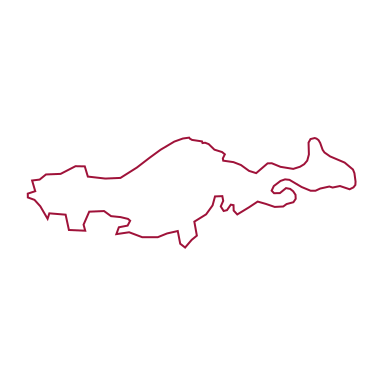 the district of Yangikurgan, Namangan, Uzbekistan, rotated 83°
{"feature_id": "79887680B90500403808249", "entity_name": "Yangikurgan", "entity_type": "district", "adm_level": 2, "iso_a3": "UZB", "parent_name": "Uzbekistan", "parent_adm1": "Namangan", "projection": "equal_earth", "projection_center": [71.694, 41.294], "detail": "fine", "context": "isolated", "style": "outline", "palette": "rose", "viewbox_px": 384, "rotation_deg": 83, "n_neighbors": 0, "source": "geoboundaries", "source_scale": "gbopen_adm2", "svg_char_len": 1604}
<svg xmlns="http://www.w3.org/2000/svg" viewBox="0 0 384 384"><g transform="rotate(83 192 192)"><path d="M187.7,344.3L201.0,338.6L195.8,336.2L199.1,320.2L214.7,318.8L217.4,302.7L211.2,303.6L199.0,296.4L200.2,281.6L206.1,275.3L208.2,266.0L210.9,258.8L213.0,256.9L217.5,260.0L218.1,268.9L224.6,272.2L224.3,259.3L230.8,246.9L232.7,231.5L230.1,221.8L229.0,210.9L241.9,210.0L246.3,205.6L239.5,198.2L235.9,192.5L221.7,193.3L215.9,180.7L207.8,173.2L199.2,169.7L199.8,162.4L204.6,162.1L209.8,165.2L214.7,162.9L214.3,159.5L209.3,155.0L210.1,152.4L215.5,152.9L219.8,149.8L214.1,137.2L209.5,128.0L212.8,120.2L216.9,111.7L217.5,103.2L215.5,99.6L214.5,92.6L211.4,89.9L207.4,89.6L203.6,91.5L200.9,94.2L199.6,98.2L203.8,104.9L203.2,110.7L200.4,112.8L196.1,110.1L191.8,102.8L190.8,98.1L191.8,93.8L200.4,82.6L205.2,74.1L205.8,69.3L204.2,64.3L203.3,55.0L204.7,51.9L204.1,44.4L208.5,35.2L207.1,31.2L204.9,29.0L201.6,28.4L193.1,28.5L189.3,29.5L181.4,36.9L173.5,50.6L168.9,55.7L166.1,57.2L158.9,58.8L155.9,60.1L154.2,61.9L153.4,63.6L153.9,67.9L157.2,70.3L169.0,71.4L174.9,73.8L178.1,77.3L180.1,81.7L181.4,88.7L177.8,101.1L173.2,109.3L172.8,113.5L181.1,126.0L178.0,132.8L171.2,140.1L167.4,147.2L164.7,157.2L162.4,157.3L158.6,154.8L156.0,157.3L152.7,164.6L146.5,169.6L144.7,173.0L144.7,175.6L143.0,175.9L140.3,185.6L138.8,187.6L137.7,188.2L137.8,194.5L139.8,203.4L146.2,218.0L152.9,230.0L161.0,243.7L169.3,261.3L168.1,276.4L164.0,293.5L153.5,295.3L152.2,304.5L158.0,320.2L156.8,334.8L161.1,341.7L161.1,349.3L172.1,347.5L173.6,355.2L177.4,355.6L180.6,349.3L187.7,344.3Z" fill="none" stroke="#9f1239" stroke-width="2"/></g></svg>